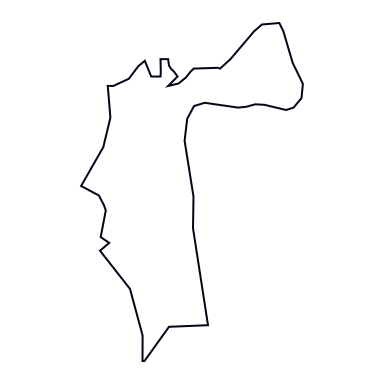 SVG path tracing the border of San Juan-Laventille
{"feature_id": "TTO-56", "entity_name": "San Juan-Laventille", "entity_type": "Region", "adm_level": 1, "iso_a3": "TTO", "parent_name": "Trinidad and Tobago", "parent_adm1": "", "projection": "orthographic", "projection_center": [-61.431, 10.671], "detail": "fine", "context": "isolated", "style": "outline", "palette": "ink", "viewbox_px": 384, "rotation_deg": 0, "n_neighbors": 0, "source": "natural_earth", "source_scale": "10m", "svg_char_len": 790}
<svg xmlns="http://www.w3.org/2000/svg" viewBox="0 0 384 384"><path d="M107.7,85.9L113.2,86.0L128.8,78.8L138.4,66.1L144.8,60.8L151.2,76.5L160.5,76.5L160.8,72.3L160.5,59.1L168.1,59.1L169.0,65.5L171.1,68.9L174.0,71.6L177.5,76.5L168.1,86.0L178.5,83.5L185.8,77.6L190.7,71.5L193.7,68.6L217.8,67.8L220.1,68.6L230.4,59.2L254.0,31.4L261.9,24.5L279.3,23.0L283.3,31.1L292.7,62.9L302.9,83.9L301.5,98.1L293.6,107.6L286.1,110.0L264.4,104.8L255.3,104.3L246.1,106.8L238.1,107.6L204.8,102.8L194.1,106.0L187.2,118.7L184.6,140.8L193.5,196.6L193.0,228.2L208.0,325.2L169.0,326.8L144.5,361.0L142.5,361.0L142.6,335.5L130.0,288.9L100.0,250.7L109.2,242.9L100.7,237.1L105.8,210.4L103.8,204.9L98.9,195.5L81.1,186.0L103.3,147.1L110.4,117.7L108.2,91.1L107.7,85.9Z" fill="none" stroke="#020617" stroke-width="2"/></svg>